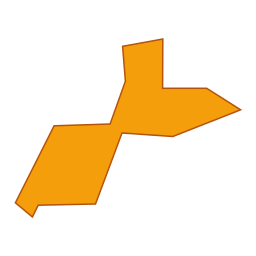 map outline of Stoney Ground (Albers equal-area conic projection)
{"feature_id": "AIA-5123", "entity_name": "Stoney Ground", "entity_type": "District", "adm_level": 1, "iso_a3": "AIA", "parent_name": "Anguilla", "parent_adm1": "", "projection": "albers", "projection_center": [-63.024, 18.252], "detail": "fine", "context": "isolated", "style": "filled", "palette": "amber", "viewbox_px": 256, "rotation_deg": 0, "n_neighbors": 0, "source": "natural_earth", "source_scale": "10m", "svg_char_len": 301}
<svg xmlns="http://www.w3.org/2000/svg" viewBox="0 0 256 256"><path d="M122.6,46.3L162.8,39.0L162.6,88.3L206.7,88.3L240.6,109.8L172.8,136.5L122.0,133.0L95.5,204.0L38.2,205.2L32.4,217.0L15.4,202.8L54.1,125.8L110.1,124.0L125.4,81.2L122.6,46.3Z" fill="#f59e0b" stroke="#b45309" stroke-width="1.5"/></svg>